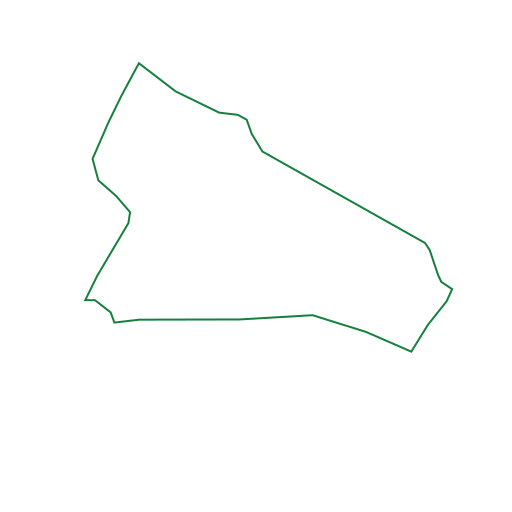 an SVG outline of Edinburgh, rotated 26°
{"feature_id": "GBR-2023", "entity_name": "Edinburgh", "entity_type": "Unitary District (city)", "adm_level": 1, "iso_a3": "GBR", "parent_name": "United Kingdom", "parent_adm1": "", "projection": "natural_earth1", "projection_center": [-3.306, 55.904], "detail": "fine", "context": "isolated", "style": "outline", "palette": "green", "viewbox_px": 512, "rotation_deg": 26, "n_neighbors": 0, "source": "natural_earth", "source_scale": "10m", "svg_char_len": 565}
<svg xmlns="http://www.w3.org/2000/svg" viewBox="0 0 512 512"><g transform="rotate(26 256 256)"><path d="M66.3,134.1L111.7,143.3L160.0,143.3L177.8,137.1L187.9,137.6L198.7,148.2L216.1,159.3L402.2,170.2L409.4,174.4L427.8,193.1L434.0,198.1L446.8,199.8L447.2,213.0L440.7,242.4L437.5,273.9L388.4,276.0L332.8,284.4L269.1,320.2L179.2,364.3L157.9,377.9L150.1,370.4L130.7,366.3L121.9,370.5L122.0,343.2L126.9,282.3L123.6,271.8L104.0,263.4L81.1,257.1L66.5,240.3L64.8,200.4L64.8,171.0L66.0,139.8L66.3,134.5L66.3,134.1Z" fill="none" stroke="#15803d" stroke-width="2"/></g></svg>